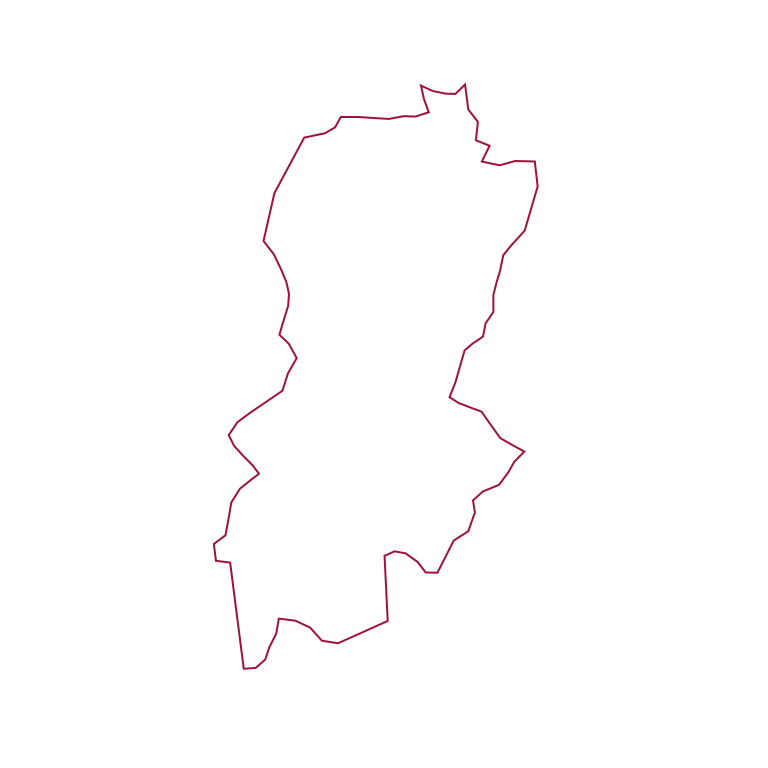 Bom Princípio, Rio Grande do Sul, Brazil, rotated 14°
{"feature_id": "56859067B75170256943646", "entity_name": "Bom Princípio", "entity_type": "district", "adm_level": 2, "iso_a3": "BRA", "parent_name": "Brazil", "parent_adm1": "Rio Grande do Sul", "projection": "mercator", "projection_center": [-51.361, -29.474], "detail": "fine", "context": "isolated", "style": "outline", "palette": "rose", "viewbox_px": 768, "rotation_deg": 14, "n_neighbors": 0, "source": "geoboundaries", "source_scale": "gbopen_adm2", "svg_char_len": 1358}
<svg xmlns="http://www.w3.org/2000/svg" viewBox="0 0 768 768"><g transform="rotate(14 384 384)"><path d="M476.5,131.6L457.3,135.9L443.3,143.8L425.1,144.5L428.8,127.3L414.2,125.3L411.7,106.9L399.4,97.3L390.2,73.8L383.1,85.3L373.4,87.4L360.1,87.9L347.7,85.5L353.8,97.8L361.7,109.5L349.8,116.9L338.5,119.3L324.7,125.6L309.3,128.5L294.6,131.1L277.5,135.4L274.4,146.9L265.8,155.1L247.0,164.2L231.5,225.2L232.5,274.4L245.9,285.0L256.0,297.2L264.5,308.5L270.0,319.5L272.1,331.3L271.2,347.1L270.6,361.5L281.9,368.0L293.0,380.0L288.2,397.1L287.1,415.1L260.8,444.6L251.1,456.4L245.7,471.1L253.4,480.2L264.5,487.6L276.0,494.6L284.4,501.3L277.5,510.0L269.5,520.5L264.5,535.9L265.8,553.2L266.8,569.1L257.6,580.4L263.7,596.2L277.9,594.5L316.8,694.2L328.1,690.6L335.4,680.1L336.4,667.3L339.8,652.4L338.7,637.1L355.3,635.1L371.4,638.3L385.8,648.1L402.1,646.7L444.9,613.0L426.1,550.6L434.7,543.8L446.0,543.1L459.8,548.6L470.0,556.8L481.5,554.2L489.5,519.1L501.4,506.4L503.3,486.7L498.5,475.4L506.0,464.3L520.0,454.0L526.0,439.6L529.2,428.1L536.5,415.6L524.4,412.5L510.0,408.4L498.0,398.3L485.3,387.2L474.0,386.0L461.0,384.4L450.8,381.0L452.9,365.1L453.5,347.4L454.1,331.8L460.4,323.1L468.6,314.0L467.9,300.6L472.7,287.6L468.6,271.3L468.6,259.0L469.2,246.8L468.6,230.2L473.4,219.7L483.4,201.2L485.3,155.1L476.5,131.6Z" fill="none" stroke="#9f1239" stroke-width="2"/></g></svg>